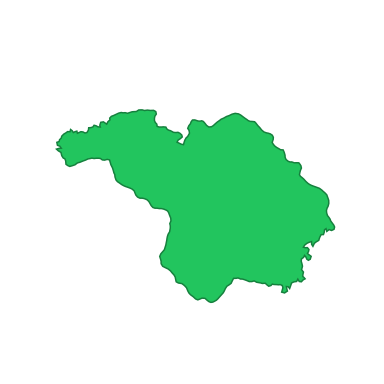 Lagoa Formosa, Minas Gerais, Brazil (Robinson projection), rotated 209°
{"feature_id": "56859067B15651251561335", "entity_name": "Lagoa Formosa", "entity_type": "district", "adm_level": 2, "iso_a3": "BRA", "parent_name": "Brazil", "parent_adm1": "Minas Gerais", "projection": "robinson", "projection_center": [-46.318, -18.761], "detail": "fine", "context": "isolated", "style": "filled", "palette": "green", "viewbox_px": 384, "rotation_deg": 209, "n_neighbors": 0, "source": "geoboundaries", "source_scale": "gbopen_adm2", "svg_char_len": 4833}
<svg xmlns="http://www.w3.org/2000/svg" viewBox="0 0 384 384"><g transform="rotate(209 192 192)"><path d="M331.3,163.8L328.8,163.2L325.8,163.1L323.5,160.6L321.1,159.3L319.3,159.4L317.6,158.0L315.6,155.1L313.3,154.9L311.3,155.1L309.6,156.8L307.5,159.1L306.3,161.9L304.5,163.6L302.5,166.1L300.5,168.4L299.1,170.4L297.5,171.7L296.0,173.1L293.9,173.8L292.1,175.1L290.0,176.3L288.4,176.9L286.0,176.6L283.9,177.5L282.0,179.4L279.7,180.1L277.8,178.2L276.1,176.5L273.3,174.6L271.1,172.5L269.6,170.9L268.0,169.8L266.6,167.8L264.3,165.7L262.2,164.9L259.7,164.7L257.2,164.4L254.7,164.4L252.7,164.6L250.6,165.0L247.8,165.4L245.8,165.5L243.2,165.0L241.0,163.2L239.6,162.1L237.2,161.2L234.7,161.3L232.7,162.4L230.9,163.0L229.1,163.3L227.2,163.4L225.0,162.7L223.0,161.5L221.1,160.3L218.7,159.5L216.5,159.9L214.7,160.9L212.7,161.6L210.9,162.6L208.6,163.3L206.3,163.6L204.2,163.6L202.4,162.6L200.0,160.5L197.9,158.8L196.4,156.5L196.1,153.6L194.6,151.9L193.5,149.9L192.3,146.4L192.4,143.5L192.0,141.3L191.4,139.4L190.7,137.6L190.1,135.7L189.2,133.0L188.7,130.5L188.2,128.1L188.7,125.6L189.3,122.9L189.0,120.0L186.8,117.9L185.5,116.5L184.2,114.3L181.6,112.8L178.7,112.9L175.6,113.1L172.6,112.6L170.2,111.6L167.5,110.7L165.5,109.5L163.9,107.6L162.3,105.8L159.8,105.8L158.2,106.4L156.3,107.0L153.2,106.5L150.4,105.6L149.0,104.5L147.5,103.3L145.6,102.1L143.4,101.4L140.1,101.0L137.0,100.2L134.6,100.5L133.2,102.2L131.8,104.0L129.1,105.3L126.1,104.6L124.0,104.3L122.0,104.6L120.4,105.8L119.3,107.4L118.2,109.2L117.6,111.0L117.1,113.4L116.4,116.4L115.8,119.0L115.8,121.2L116.0,123.7L115.8,126.5L114.4,129.1L113.5,131.1L113.7,133.7L113.8,136.6L111.7,137.8L110.0,139.2L107.4,139.4L105.7,140.3L103.9,140.7L101.4,141.1L98.5,141.4L96.3,142.6L94.5,144.4L91.8,144.4L89.7,145.1L88.0,145.7L86.2,146.1L83.7,147.7L81.3,147.1L79.2,146.8L77.6,148.5L77.1,150.4L75.5,150.8L73.4,151.9L71.3,152.8L69.9,153.8L67.8,154.0L66.1,152.4L65.6,150.3L65.0,147.9L62.1,148.6L60.5,151.6L62.0,153.1L63.6,155.1L61.9,155.8L59.8,154.9L60.3,157.9L60.8,160.7L59.4,162.7L57.1,164.5L57.2,167.1L54.8,165.7L52.8,166.5L52.2,169.0L51.0,170.9L52.6,171.5L54.2,171.9L55.0,173.6L55.7,176.0L58.5,177.2L59.4,180.7L61.3,182.8L63.0,184.5L63.8,186.6L62.7,188.9L62.8,191.1L60.8,190.3L59.0,188.9L57.1,188.7L56.0,190.5L56.6,193.5L59.7,193.9L61.3,194.3L61.2,196.3L61.8,198.4L64.1,199.3L66.1,198.1L67.8,197.7L67.7,200.2L66.5,203.0L65.0,205.0L63.4,206.6L62.0,204.2L59.9,203.1L60.1,206.5L59.1,208.8L57.7,211.1L58.3,214.2L58.4,217.3L56.4,218.5L56.9,221.1L57.8,223.2L57.0,224.9L55.0,222.9L53.9,225.6L51.3,226.0L49.7,228.2L50.3,230.5L52.0,231.8L54.2,232.8L56.6,233.9L58.2,235.3L59.8,236.1L62.1,237.1L64.0,238.9L65.4,240.9L66.0,243.1L66.1,245.6L66.8,248.3L68.4,251.0L70.5,252.9L72.8,254.9L75.7,255.8L77.4,256.1L79.3,256.6L82.3,257.0L85.0,256.6L88.0,256.1L90.7,255.7L92.8,255.6L94.9,255.8L97.4,256.4L100.6,257.5L102.9,258.0L104.8,258.3L106.4,259.2L107.0,261.0L107.6,263.2L107.9,266.0L109.5,267.8L111.2,268.7L112.7,269.3L114.7,268.3L116.7,267.1L119.2,266.7L120.8,265.8L122.8,265.5L125.5,266.0L127.4,267.5L128.5,269.3L130.6,271.4L132.7,273.0L135.0,271.9L136.9,272.0L139.5,272.0L142.2,272.4L144.3,273.3L145.9,274.2L146.5,277.4L147.4,279.3L149.3,280.6L151.7,280.8L153.8,280.4L155.6,279.8L158.2,279.4L161.2,280.0L164.0,281.2L166.1,281.8L167.6,282.4L169.4,283.2L171.3,283.8L173.3,283.0L175.3,282.0L177.4,281.7L179.3,282.0L181.6,282.2L183.8,282.5L186.5,282.9L189.1,282.9L192.4,281.7L194.8,279.4L196.5,276.9L198.4,274.8L200.1,272.0L201.8,269.8L202.6,267.9L203.9,265.2L204.9,262.4L205.6,260.3L206.6,258.5L208.8,257.0L211.5,257.3L214.3,258.5L216.3,259.2L218.0,259.0L219.4,257.8L221.2,257.0L224.5,256.4L226.5,255.2L226.8,252.9L226.5,251.0L226.9,248.4L226.6,245.6L224.4,244.4L222.7,242.2L222.7,238.5L223.4,236.4L223.4,233.9L223.0,231.7L222.4,229.3L224.6,228.6L226.7,228.5L229.2,228.3L229.3,230.6L228.1,232.9L227.2,235.4L228.6,236.9L231.1,237.5L233.2,237.4L234.9,236.2L237.1,235.2L240.5,235.2L242.6,234.7L244.7,235.0L246.3,236.1L248.6,235.1L250.4,233.9L252.2,232.9L254.3,232.5L255.7,234.3L257.8,235.0L259.5,236.3L260.6,238.3L261.2,240.2L261.0,242.9L262.7,244.8L265.2,244.8L267.8,243.2L270.7,242.0L273.1,240.2L275.3,239.7L278.3,238.0L279.7,235.4L281.8,234.1L283.3,233.1L284.8,231.5L286.5,229.6L288.9,229.0L290.7,227.8L292.5,227.2L294.4,225.4L296.2,222.9L297.8,220.7L299.2,219.1L299.8,216.7L298.7,215.3L299.6,212.8L299.5,210.0L301.3,210.2L303.5,210.4L305.6,208.7L305.0,205.7L303.7,204.4L305.8,203.4L308.0,203.4L310.0,202.9L310.2,200.9L311.5,199.4L313.5,198.1L312.6,195.9L312.7,193.1L314.2,191.7L316.4,191.7L318.4,190.9L319.5,189.4L320.7,187.8L322.2,189.4L323.5,188.1L324.6,186.5L326.5,187.5L328.5,187.8L327.9,185.6L330.1,184.5L330.9,182.7L332.2,180.5L333.0,177.7L332.5,175.6L333.2,173.6L332.7,171.7L334.3,169.9L332.3,167.6L329.8,168.0L327.6,166.9L329.5,165.7L331.3,163.8Z" fill="#22c55e" stroke="#15803d" stroke-width="1.5"/></g></svg>